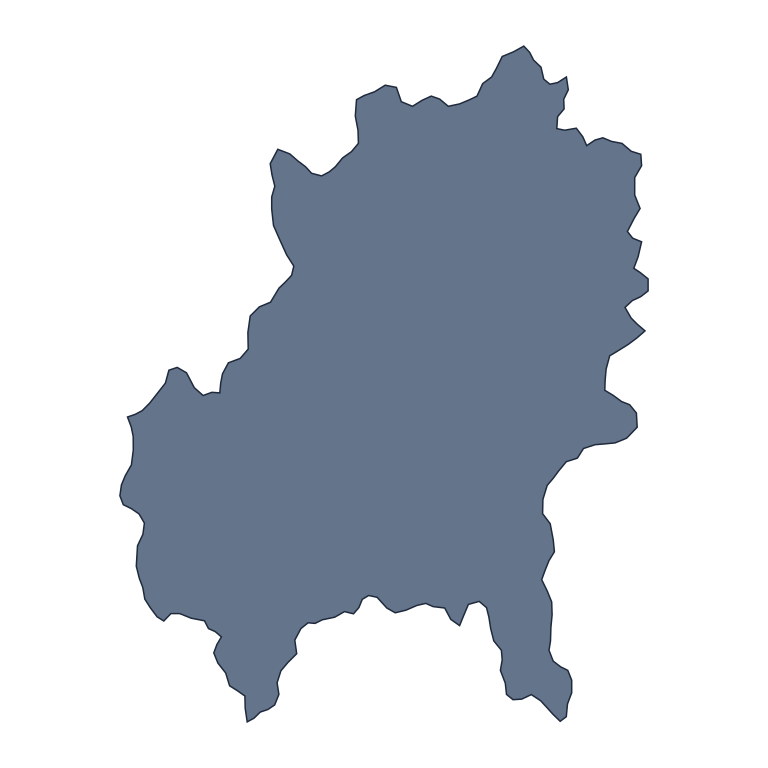 Bonfim, Minas Gerais, Brazil
{"feature_id": "56859067B54718274054000", "entity_name": "Bonfim", "entity_type": "district", "adm_level": 2, "iso_a3": "BRA", "parent_name": "Brazil", "parent_adm1": "Minas Gerais", "projection": "equal_earth", "projection_center": [-44.212, -20.32], "detail": "fine", "context": "isolated", "style": "filled", "palette": "slate", "viewbox_px": 768, "rotation_deg": 0, "n_neighbors": 0, "source": "geoboundaries", "source_scale": "gbopen_adm2", "svg_char_len": 2952}
<svg xmlns="http://www.w3.org/2000/svg" viewBox="0 0 768 768"><path d="M628.4,344.3L637.2,337.7L645.0,330.9L636.9,323.9L631.1,318.0L625.0,307.4L632.3,300.6L640.8,296.6L648.1,290.9L648.1,278.9L640.4,272.7L633.8,268.3L638.1,256.8L641.6,241.8L632.7,238.2L627.4,231.5L634.2,218.3L640.1,208.5L634.7,195.0L634.7,177.6L641.6,165.7L640.8,154.3L631.3,151.3L622.0,143.4L611.5,141.4L602.9,137.8L595.1,140.0L586.7,145.6L582.8,136.8L576.3,128.2L564.7,130.2L556.8,128.6L557.6,116.7L564.1,108.9L563.7,99.3L568.3,89.8L566.4,77.0L557.6,82.6L549.9,84.2L543.8,79.2L541.0,67.2L533.6,60.1L529.6,52.3L523.8,46.1L513.3,51.9L502.2,56.5L496.4,68.4L491.6,77.0L482.7,83.6L477.0,96.1L469.6,99.7L459.6,103.9L448.3,106.3L439.7,99.1L431.2,96.1L422.1,100.3L412.5,106.3L401.3,101.7L396.4,87.4L385.2,85.2L374.5,91.8L364.2,95.5L356.5,99.7L355.3,116.1L358.0,130.2L358.4,143.4L351.4,151.7L342.6,157.9L335.4,166.7L329.2,171.9L321.6,175.9L311.6,173.3L305.5,166.7L297.8,160.9L289.8,153.9L277.8,149.3L270.2,163.7L272.0,174.9L274.8,186.2L271.7,197.0L271.7,208.9L273.5,225.5L279.6,239.4L286.6,254.8L293.8,266.1L291.6,275.3L285.5,281.9L279.0,288.1L270.5,302.2L259.4,306.8L250.2,316.0L247.9,332.5L248.2,349.1L240.2,358.4L228.4,362.8L222.5,373.8L220.7,383.1L219.8,392.9L211.9,392.3L203.1,395.5L194.3,387.7L186.5,372.8L177.2,367.4L168.9,370.2L165.4,383.1L157.7,392.9L149.7,403.1L142.1,410.7L135.1,414.4L127.5,417.0L131.2,426.8L133.2,436.4L133.3,449.9L131.4,464.9L125.2,475.8L121.4,485.0L119.9,495.8L123.3,504.7L131.4,508.7L139.0,513.9L144.4,523.1L142.9,534.3L137.5,545.8L136.3,566.2L139.3,578.3L142.8,587.5L144.8,599.1L150.5,608.0L157.1,616.8L163.8,621.0L170.9,613.6L179.7,613.6L191.2,618.2L204.5,620.8L208.5,628.6L215.2,631.6L221.4,636.9L216.9,644.5L213.8,652.9L217.9,663.1L225.7,673.0L229.6,685.8L237.5,690.8L244.9,696.0L245.2,708.3L247.2,721.9L254.1,718.1L260.2,712.1L267.9,709.5L274.7,704.9L278.9,694.4L277.1,682.8L280.9,670.8L287.9,662.5L296.7,653.7L294.8,640.1L300.9,628.6L308.1,622.8L315.1,623.4L322.3,619.8L334.7,617.2L344.5,611.6L353.5,613.8L358.9,607.6L362.3,599.3L368.7,595.5L377.1,597.3L386.8,608.0L395.2,612.8L405.9,610.2L417.0,605.4L425.8,603.4L433.1,606.6L444.7,608.0L450.8,619.4L459.6,625.6L463.0,617.2L468.4,604.4L479.2,601.4L486.5,607.6L488.9,617.2L490.7,628.6L493.8,640.9L501.4,650.3L502.2,659.9L500.4,670.4L505.3,683.2L506.5,694.4L513.0,699.7L521.8,699.1L531.3,694.6L540.6,700.7L546.7,707.3L552.8,714.1L560.2,721.3L566.3,716.7L567.5,703.9L571.7,692.8L571.7,680.2L567.8,670.4L560.6,666.8L553.2,661.1L549.0,650.3L550.5,641.1L550.9,627.6L552.1,614.8L551.7,602.0L547.2,590.9L541.7,579.7L544.8,571.1L549.0,560.6L554.4,551.8L553.3,540.2L550.2,523.7L542.6,513.7L542.9,499.4L547.2,485.4L553.3,478.2L558.7,470.9L566.3,461.7L577.4,458.1L583.5,448.5L595.0,444.7L604.8,443.9L615.1,442.9L626.6,438.2L637.2,427.2L636.4,413.0L629.6,404.7L621.5,401.5L613.1,395.3L604.8,390.3L605.1,380.8L606.1,369.2L609.7,355.8L618.5,350.5L628.4,344.3Z" fill="#64748b" stroke="#1e293b" stroke-width="1.5"/></svg>